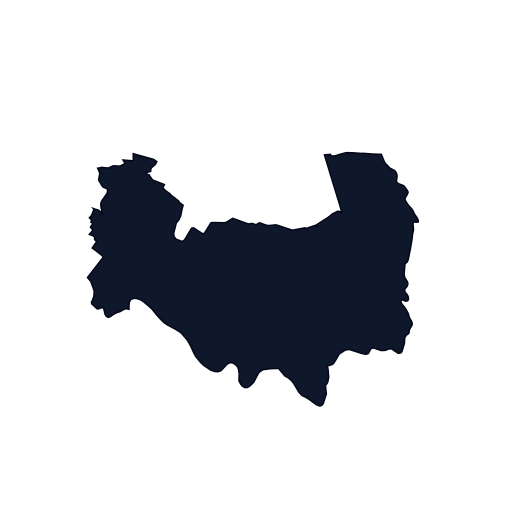 Go Vap, Hồ Chí Minh city, Vietnam, rotated 146°
{"feature_id": "81297802B93588362587103", "entity_name": "Go Vap", "entity_type": "district", "adm_level": 2, "iso_a3": "VNM", "parent_name": "Vietnam", "parent_adm1": "Hồ Chí Minh city", "projection": "equal_earth", "projection_center": [106.669, 10.835], "detail": "fine", "context": "isolated", "style": "filled", "palette": "ink", "viewbox_px": 512, "rotation_deg": 146, "n_neighbors": 0, "source": "geoboundaries", "source_scale": "gbopen_adm2", "svg_char_len": 4971}
<svg xmlns="http://www.w3.org/2000/svg" viewBox="0 0 512 512"><g transform="rotate(146 256 256)"><path d="M391.1,282.8L389.7,284.9L387.9,287.4L386.5,288.7L385.2,289.5L383.9,289.8L382.7,289.7L381.0,289.2L379.2,287.9L377.7,286.3L376.4,284.5L374.9,281.2L373.9,277.8L373.3,275.7L371.9,270.2L371.3,262.5L370.2,255.3L369.4,251.8L367.9,248.2L363.6,240.0L361.1,234.3L360.0,225.1L360.5,217.9L361.6,211.4L362.2,206.7L361.5,199.2L360.9,196.2L360.6,194.8L357.3,186.6L354.7,183.2L352.2,181.3L349.0,180.5L340.6,182.5L337.2,182.1L335.2,180.5L333.6,177.1L333.3,174.1L333.8,172.0L335.7,168.0L339.9,162.1L340.3,159.0L340.2,156.0L338.8,153.1L336.5,151.7L333.2,151.7L328.5,152.6L322.2,156.0L318.7,157.8L313.9,157.9L306.7,154.3L300.2,150.2L299.4,142.8L299.2,140.5L297.5,137.2L296.3,133.0L296.0,129.9L296.6,118.6L295.8,114.3L294.1,111.8L292.1,107.4L289.3,99.4L287.8,96.9L286.7,95.8L284.7,95.4L282.5,96.2L279.7,98.5L274.8,102.3L273.8,104.2L270.9,109.7L267.5,111.0L265.6,112.7L263.5,114.9L259.8,121.4L258.3,124.9L253.9,123.5L253.7,123.5L251.8,123.5L248.2,125.1L241.8,128.2L234.7,128.1L231.0,126.4L223.2,116.5L220.0,113.1L217.5,112.3L212.3,115.0L210.0,114.0L205.0,107.5L201.6,105.5L197.1,104.4L195.3,102.8L194.0,99.3L192.5,95.8L190.3,94.7L188.7,95.0L182.0,100.4L178.5,104.9L178.5,105.0L177.3,105.6L175.7,106.3L173.7,106.3L172.3,106.6L170.8,108.3L168.7,109.9L165.6,111.2L164.3,112.5L163.6,114.6L163.2,119.6L162.0,122.8L161.5,127.3L161.5,130.4L161.9,135.4L161.4,137.1L160.4,138.0L159.5,137.9L158.6,137.0L157.1,134.8L155.6,134.1L154.2,134.5L153.0,136.0L152.4,137.8L152.3,139.0L152.5,141.5L152.5,143.2L151.8,144.7L150.4,145.6L147.5,146.4L146.3,147.4L146.0,147.6L145.1,149.0L144.8,151.0L144.7,154.6L144.2,156.5L142.9,158.8L139.3,163.1L137.5,165.5L136.6,166.2L133.9,166.5L131.8,167.9L123.6,176.0L117.5,182.4L113.9,186.6L110.7,189.7L107.8,194.9L106.8,195.8L106.0,195.7L104.0,194.3L102.7,193.5L102.1,193.9L101.6,194.8L101.4,195.5L101.1,197.5L101.1,202.4L100.5,206.1L100.5,207.7L101.2,212.4L101.3,217.1L100.9,219.5L99.9,220.7L96.9,222.1L94.5,223.5L94.1,224.3L94.0,224.9L93.9,226.6L94.0,229.5L94.1,231.0L94.6,232.3L96.1,234.4L97.2,236.0L97.9,237.8L97.9,239.1L97.4,239.9L94.5,243.1L93.6,244.8L93.1,247.0L93.2,248.3L93.3,249.5L94.0,250.7L95.8,253.9L96.5,257.9L96.9,260.4L96.9,262.3L95.2,270.2L96.8,271.3L102.1,275.2L102.3,275.3L109.3,280.9L111.4,282.2L116.8,286.5L122.1,290.4L124.1,291.5L130.8,293.8L132.1,294.1L135.0,295.1L137.8,296.9L137.4,298.6L142.7,301.6L151.3,273.7L157.6,253.0L160.9,242.8L161.3,245.5L162.8,247.3L169.0,248.2L174.1,247.7L188.1,248.0L188.3,246.4L189.3,246.7L189.1,248.1L193.1,249.2L199.8,251.1L199.6,252.0L210.8,256.8L211.7,257.4L220.9,269.4L222.2,270.8L228.4,274.1L230.4,276.0L234.5,281.6L235.3,281.8L236.7,281.8L237.8,281.8L238.7,282.1L239.0,282.4L239.4,283.1L240.3,284.4L241.0,285.2L241.9,285.7L243.6,286.3L245.0,287.6L252.7,298.2L254.1,300.1L254.8,300.3L260.7,300.5L262.9,300.9L264.7,302.0L271.0,306.5L274.1,308.5L274.9,308.7L275.6,308.4L285.3,304.0L286.4,303.8L287.3,304.1L288.1,304.9L290.4,310.4L291.7,313.7L292.5,314.6L293.4,315.0L294.3,314.9L306.0,309.4L307.6,309.1L309.4,309.7L312.8,314.6L313.0,317.9L311.7,320.7L309.3,322.9L306.2,325.6L304.1,327.6L302.5,328.3L300.6,328.9L299.4,329.2L297.6,330.7L297.3,330.5L295.3,332.0L290.9,336.4L288.0,338.8L289.7,343.8L289.3,344.3L290.8,349.4L292.3,353.4L292.5,355.5L294.9,362.1L294.6,362.4L295.3,364.3L295.0,364.7L292.0,366.3L292.4,367.1L293.9,369.2L297.6,374.5L298.9,376.3L299.2,377.4L299.3,378.8L299.3,381.5L299.2,383.2L300.2,384.2L300.9,384.6L300.7,386.5L296.0,385.1L294.8,386.6L293.7,387.5L291.7,387.8L288.2,388.2L285.5,389.7L286.8,393.3L288.6,395.4L300.6,409.5L304.5,403.5L312.6,410.0L312.8,405.9L315.2,406.2L318.4,406.5L323.9,410.6L325.4,410.9L328.9,411.4L329.6,411.9L330.7,412.7L333.7,415.2L334.5,415.9L337.9,417.1L338.2,417.3L338.7,414.2L339.3,411.9L340.5,410.6L343.9,407.2L344.1,405.9L344.2,403.6L344.4,401.0L344.4,399.2L344.0,398.1L343.2,397.0L342.0,395.4L341.9,394.9L342.3,393.6L343.2,392.3L343.9,391.6L345.8,390.7L349.5,389.3L351.9,388.4L354.0,387.4L355.4,386.1L356.2,385.1L357.5,382.4L358.5,379.9L359.4,377.3L360.2,375.4L360.0,376.3L360.0,378.9L360.2,379.7L361.0,382.1L361.7,383.1L363.3,384.9L364.4,386.5L364.4,385.5L364.5,385.2L364.8,384.9L368.7,382.3L369.6,381.7L370.8,381.3L372.8,380.8L372.0,377.2L372.6,377.3L373.0,377.2L373.4,376.9L373.9,376.3L373.6,376.1L373.5,375.7L373.4,375.2L373.6,373.7L374.4,373.6L375.7,373.2L377.1,372.5L376.7,368.6L382.1,367.2L380.9,365.4L380.3,364.6L379.6,364.1L379.7,363.8L379.7,363.6L379.3,362.2L379.3,361.7L379.8,361.1L380.5,360.1L380.5,359.3L380.1,357.0L383.1,355.9L387.3,354.2L387.0,353.3L386.0,350.4L383.8,343.8L383.0,340.5L407.7,332.4L407.7,332.1L407.2,327.4L408.7,321.2L409.8,317.3L413.1,313.1L416.8,310.5L418.4,309.6L418.9,308.0L417.2,300.8L415.3,300.0L412.6,299.4L411.8,298.7L411.8,297.6L412.3,295.7L413.6,292.6L413.9,290.0L412.9,287.8L410.8,287.2L406.7,287.3L403.6,287.0L399.7,285.9L396.2,285.7L393.2,285.1L391.1,282.8Z" fill="#0f172a" stroke="#020617" stroke-width="1.5"/></g></svg>